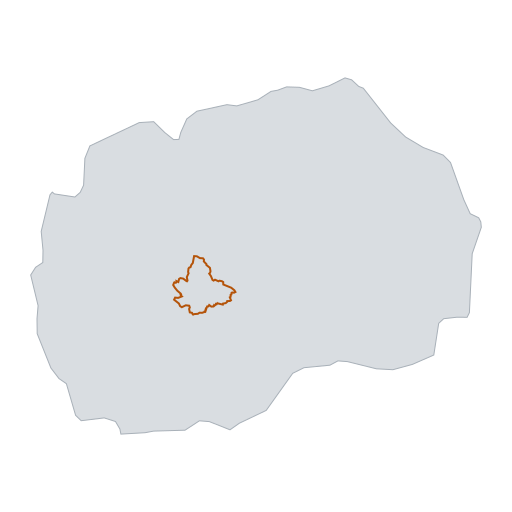 Dolneni, Dolneni, North Macedonia shown in context
{"feature_id": "65306769B25269203277023", "entity_name": "Dolneni", "entity_type": "district", "adm_level": 2, "iso_a3": "MKD", "parent_name": "North Macedonia", "parent_adm1": "Dolneni", "projection": "orthographic", "projection_center": [21.418, 41.482], "detail": "fine", "context": "in_parent", "style": "outline", "palette": "amber", "viewbox_px": 512, "rotation_deg": 0, "n_neighbors": 0, "source": "geoboundaries", "source_scale": "gbopen_adm2", "svg_char_len": 2377}
<svg xmlns="http://www.w3.org/2000/svg" viewBox="0 0 512 512"><path d="M227.1,104.7L236.8,105.9L257.9,99.8L271.0,91.4L277.7,90.2L286.6,86.9L299.4,87.3L312.4,90.8L328.9,85.9L345.0,77.9L351.6,79.8L358.7,86.4L363.3,88.2L390.7,123.0L405.6,137.0L423.2,147.5L443.2,155.1L450.5,162.5L463.8,199.7L470.2,213.7L478.7,217.8L480.8,221.9L481.3,227.3L472.2,253.7L469.4,312.6L467.1,317.3L457.0,317.2L443.7,318.7L438.7,323.3L433.8,355.0L412.4,364.4L392.9,369.7L376.4,368.8L347.4,361.6L337.9,360.9L329.9,365.2L304.0,367.7L292.7,373.3L266.2,410.4L239.2,423.3L230.0,429.8L209.3,421.6L199.4,420.8L185.0,430.2L153.6,431.1L145.1,432.7L120.9,434.1L119.9,429.0L115.5,421.5L104.2,417.9L81.2,420.7L75.6,415.3L66.4,383.7L59.0,378.6L50.9,368.0L37.2,333.7L37.0,318.7L38.1,305.7L30.7,275.0L35.6,267.3L42.8,262.5L43.0,250.2L41.2,231.4L50.0,194.8L52.3,192.1L54.4,193.9L74.9,197.0L80.2,192.4L83.6,185.2L84.9,158.3L89.9,145.9L139.2,122.6L153.7,121.7L164.8,132.6L173.6,139.6L178.9,139.4L180.8,132.4L186.8,118.9L196.9,111.2L226.8,104.7L227.1,104.7Z" fill="#d9dde1" stroke="#a8b0b8" stroke-width="1"/><path d="M194.1,256.1L192.8,263.0L191.3,264.9L190.5,267.2L189.2,267.6L188.5,268.5L188.1,272.0L188.6,273.2L186.8,277.1L187.5,280.6L187.0,281.3L186.5,281.1L183.2,278.6L180.4,278.1L179.1,278.9L178.3,282.0L176.5,281.1L176.6,281.9L175.8,282.8L174.4,282.3L174.1,282.7L173.2,285.0L174.7,287.5L177.3,290.7L180.7,293.6L180.5,294.1L181.1,294.6L180.8,295.3L181.9,296.4L178.1,297.9L175.1,297.6L174.1,299.7L178.9,303.5L180.1,306.1L181.8,307.2L185.8,305.3L189.2,305.7L189.8,307.4L189.1,309.0L189.8,312.4L192.0,312.8L192.6,314.1L193.1,314.6L194.2,314.1L197.9,313.8L199.5,312.7L202.1,312.8L204.2,312.1L204.5,311.5L205.3,311.8L206.0,309.7L205.6,309.5L205.9,308.5L206.3,308.6L207.2,306.4L208.4,306.4L209.2,305.0L211.3,306.6L213.3,306.5L213.9,305.4L214.2,305.9L215.6,304.7L215.4,305.3L215.9,303.9L216.7,304.2L217.4,303.3L222.8,304.6L223.0,303.6L225.7,303.1L227.1,301.9L227.2,301.1L229.9,301.0L231.0,300.3L229.8,297.3L230.6,296.8L230.6,294.9L231.4,294.5L231.5,292.9L232.1,292.5L234.0,292.7L235.4,292.0L234.3,290.2L231.2,287.7L223.3,284.5L223.2,282.0L221.9,281.2L219.4,280.7L218.5,281.3L215.0,279.7L213.6,280.6L212.5,279.9L210.9,276.0L209.2,273.6L210.1,272.7L210.5,271.2L209.9,267.8L206.4,265.0L206.4,264.1L203.8,261.4L204.0,259.6L203.0,258.3L199.9,258.1L196.9,256.3L194.1,256.1Z" fill="none" stroke="#b45309" stroke-width="2"/></svg>